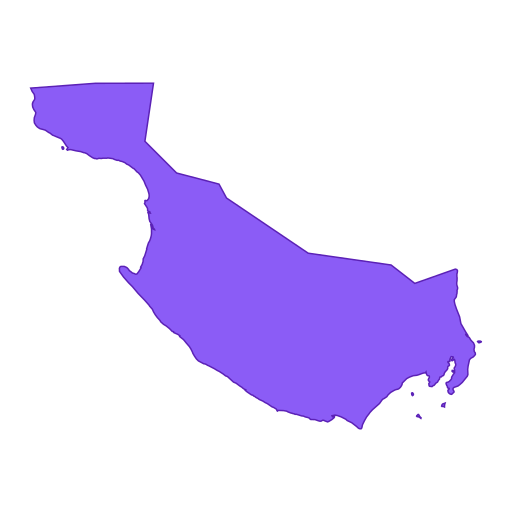 the district of South Bougainville District, North Solomons, Papua New Guinea
{"feature_id": "67681753B57205815556164", "entity_name": "South Bougainville District", "entity_type": "district", "adm_level": 2, "iso_a3": "PNG", "parent_name": "Papua New Guinea", "parent_adm1": "North Solomons", "projection": "orthographic", "projection_center": [155.545, -6.496], "detail": "fine", "context": "isolated", "style": "filled", "palette": "violet", "viewbox_px": 512, "rotation_deg": 0, "n_neighbors": 0, "source": "geoboundaries", "source_scale": "gbopen_adm2", "svg_char_len": 6046}
<svg xmlns="http://www.w3.org/2000/svg" viewBox="0 0 512 512"><path d="M95.2,83.3L30.7,88.1L32.1,91.3L34.3,94.5L34.7,97.1L34.8,98.8L34.3,100.0L33.0,101.9L32.7,102.8L32.8,102.9L32.5,103.2L32.4,104.6L32.7,107.0L33.8,109.5L35.4,111.8L35.8,112.7L35.5,114.4L34.3,117.7L34.1,120.4L34.4,122.9L35.9,125.3L37.3,126.9L38.7,127.9L40.0,128.7L43.2,129.5L45.4,130.2L48.7,132.5L50.0,133.1L52.5,135.1L60.5,138.4L61.7,139.2L63.2,141.0L66.5,146.0L68.0,147.6L66.7,149.5L67.5,150.2L68.8,149.7L70.8,149.6L75.9,150.8L80.7,151.6L83.9,152.7L84.9,152.8L86.9,153.7L89.5,155.7L92.6,157.7L94.5,158.5L95.4,158.5L96.9,158.9L99.0,158.3L101.2,158.5L103.0,158.2L107.0,158.2L107.7,157.9L113.1,158.7L114.1,159.3L117.0,160.3L118.8,160.3L120.0,161.0L122.2,161.5L125.0,162.7L126.7,164.1L128.6,164.9L133.4,168.5L134.0,168.6L136.9,171.8L138.4,172.8L140.4,175.1L144.1,181.3L145.5,184.9L147.6,189.2L149.0,193.9L149.2,196.1L148.9,197.5L149.0,197.7L148.6,198.7L147.2,200.5L146.4,200.7L145.2,200.4L144.9,200.7L145.0,202.5L144.5,203.6L147.2,207.7L147.6,208.9L147.6,210.5L148.0,211.0L148.9,211.5L149.7,211.7L150.3,213.1L149.0,212.9L148.4,212.2L147.9,212.4L148.7,214.5L149.1,218.7L149.8,221.4L152.1,224.6L152.5,225.3L153.2,228.0L154.5,229.3L154.6,229.7L153.4,229.2L152.8,228.6L152.2,227.5L152.0,226.2L150.6,223.8L151.5,229.0L151.5,233.8L151.2,236.0L150.3,239.2L149.6,241.0L148.5,242.8L147.5,245.8L146.6,248.9L146.8,249.2L144.7,255.9L143.2,258.8L143.1,261.5L142.5,263.2L142.3,264.2L140.6,267.2L141.1,267.8L138.9,271.4L137.1,273.8L136.2,274.2L135.6,274.2L134.2,273.5L132.4,273.0L130.5,271.4L129.4,270.7L128.5,269.3L127.1,267.8L126.3,267.3L124.2,266.4L121.2,266.4L120.4,266.6L119.8,267.3L119.4,268.3L119.5,271.4L123.6,277.1L128.5,282.7L132.4,286.6L138.1,293.4L144.6,300.1L149.1,305.2L149.6,306.1L152.4,309.3L153.5,311.8L155.3,314.8L157.3,317.5L160.3,320.8L160.5,321.6L163.5,324.3L166.3,326.0L169.5,328.6L172.2,331.4L173.6,331.7L173.6,332.4L174.0,332.7L177.9,334.4L179.9,335.8L179.6,336.5L183.5,339.6L184.6,340.9L186.6,343.4L189.4,346.6L190.9,349.0L192.4,352.0L192.9,353.4L194.6,356.3L196.4,358.9L198.4,360.9L203.8,363.8L204.9,363.9L206.2,364.4L207.5,365.3L208.6,365.7L214.4,368.7L217.3,370.5L219.2,371.4L223.2,374.0L225.6,375.9L227.4,376.5L233.5,382.1L236.1,383.2L240.1,386.2L241.8,387.2L242.9,388.2L244.9,389.6L245.6,389.6L245.8,389.8L245.3,390.4L247.1,391.9L251.5,394.9L252.9,395.2L253.8,396.1L255.0,396.6L255.9,397.4L258.2,398.6L259.1,399.4L262.9,401.1L265.2,402.6L267.3,403.6L272.1,406.9L273.6,407.4L276.3,409.1L276.9,410.0L276.9,410.6L277.5,411.1L278.3,410.4L283.6,410.6L286.8,411.2L287.5,411.7L291.1,413.1L291.6,413.1L293.2,413.7L294.0,413.7L295.0,414.3L296.5,414.3L301.6,415.9L303.5,416.1L305.2,416.9L307.8,417.5L309.3,418.1L310.3,419.3L310.8,419.5L315.0,419.6L318.4,420.8L320.1,421.2L321.2,421.1L322.5,420.3L323.9,420.3L324.4,420.7L327.6,421.9L328.7,421.5L331.7,419.7L334.0,417.8L334.5,416.9L334.5,415.9L333.9,415.9L332.7,416.8L332.4,416.7L332.0,415.7L335.0,415.1L337.3,415.5L341.2,416.9L345.9,419.3L347.1,420.5L351.7,422.7L356.6,426.5L358.2,428.0L359.0,428.5L360.0,428.8L361.1,428.8L361.8,427.9L362.5,424.7L364.5,420.6L366.6,416.9L369.1,413.7L369.9,412.5L372.5,409.7L379.5,403.5L382.0,400.0L382.9,399.1L384.3,398.4L386.8,396.7L388.2,394.7L390.7,392.4L394.1,390.4L395.6,389.7L398.1,389.1L399.0,388.6L400.4,387.3L401.6,385.5L402.2,384.0L402.2,383.1L406.7,378.6L409.5,377.1L413.2,375.7L416.7,375.3L418.8,374.7L422.0,373.5L424.0,372.9L425.4,372.9L426.0,372.0L426.3,373.4L426.8,374.8L427.2,375.3L427.5,375.6L428.9,375.8L429.3,376.2L429.4,377.2L428.3,379.4L428.3,380.1L428.6,380.8L429.7,381.8L429.7,382.1L428.8,383.7L429.1,385.8L429.6,386.3L432.0,386.6L433.3,385.5L433.9,385.4L434.4,385.0L435.8,383.2L437.5,382.1L438.4,380.4L439.5,379.0L439.7,377.8L440.1,377.0L441.3,376.9L442.4,375.8L443.3,375.6L444.0,374.7L444.2,373.5L445.2,371.8L446.8,370.1L447.7,368.7L447.7,367.1L448.0,366.3L448.9,365.9L449.5,365.1L449.1,363.6L448.0,362.5L447.9,361.7L448.1,361.5L449.6,361.6L450.0,361.0L449.7,360.2L450.1,358.8L450.9,357.0L451.2,356.6L453.0,356.8L453.3,357.3L451.4,359.8L451.5,360.4L451.9,360.7L452.4,360.7L453.2,360.2L453.8,359.3L454.4,359.4L454.8,360.3L455.1,362.8L455.7,364.0L455.7,365.2L455.2,366.6L454.3,367.8L454.2,368.8L454.6,369.9L454.6,372.8L453.4,374.2L451.6,377.2L451.6,378.6L450.9,379.7L449.3,381.4L448.1,382.1L446.7,382.4L446.2,382.8L446.1,383.2L446.1,383.8L446.8,385.6L447.4,386.4L447.5,387.6L448.2,388.2L448.9,388.2L449.2,388.6L449.1,389.1L448.1,390.0L447.9,390.4L448.1,391.9L448.6,392.8L449.7,393.8L451.0,394.3L451.7,394.3L454.0,392.1L454.0,391.3L453.0,389.6L453.1,388.3L454.0,387.4L458.0,386.0L459.7,384.7L462.3,382.4L467.3,376.2L467.9,374.6L467.7,369.3L468.1,366.1L469.5,359.7L470.8,358.3L473.3,356.9L474.8,355.3L475.4,354.4L475.3,353.0L474.3,351.5L474.0,349.2L474.5,347.2L474.5,345.3L473.5,342.9L470.9,340.2L469.2,337.4L467.2,336.5L465.7,334.6L466.0,334.0L467.7,336.0L468.0,335.9L467.9,335.4L465.7,332.0L460.9,323.6L459.6,316.8L456.5,309.0L454.9,304.3L454.3,301.5L454.3,299.6L456.1,297.2L456.5,295.9L456.5,294.6L456.9,293.9L457.1,291.5L457.0,290.3L457.3,289.8L457.6,288.6L457.6,287.5L456.8,284.9L456.7,283.5L456.8,281.7L457.0,281.1L457.1,277.9L456.9,276.5L456.9,273.6L457.2,273.1L457.5,270.8L457.1,269.9L456.7,269.5L455.3,269.1L414.8,283.4L391.1,265.0L308.2,253.2L226.5,198.0L219.0,184.1L176.6,173.0L144.9,141.3L153.5,83.2L95.2,83.3ZM444.6,404.8L445.1,403.1L442.6,404.0L442.1,404.6L441.6,406.1L442.0,406.5L443.2,406.4L444.5,407.0L444.6,404.8ZM419.9,416.7L418.6,414.5L418.0,414.5L416.7,415.8L416.6,416.2L417.2,416.7L418.0,416.7L419.4,417.2L420.9,418.4L421.1,417.9L419.9,416.7ZM479.5,342.7L480.9,342.2L481.3,341.8L481.3,341.6L480.3,341.1L478.1,341.1L477.6,341.5L478.3,342.4L478.9,342.8L479.5,342.7ZM413.0,395.3L413.4,394.7L413.4,394.0L412.6,392.8L412.0,392.8L411.6,393.2L411.8,394.8L412.5,395.6L413.0,395.3ZM63.3,149.2L63.7,148.7L63.7,147.9L63.3,147.2L62.8,146.8L62.1,146.8L61.9,147.3L62.3,148.8L62.8,149.3L63.3,149.2ZM453.5,372.1L453.9,371.4L453.5,370.8L452.7,370.4L452.2,370.4L452.0,371.1L452.2,371.5L453.0,372.1L453.5,372.1Z" fill="#8b5cf6" stroke="#5b21b6" stroke-width="1.5"/></svg>